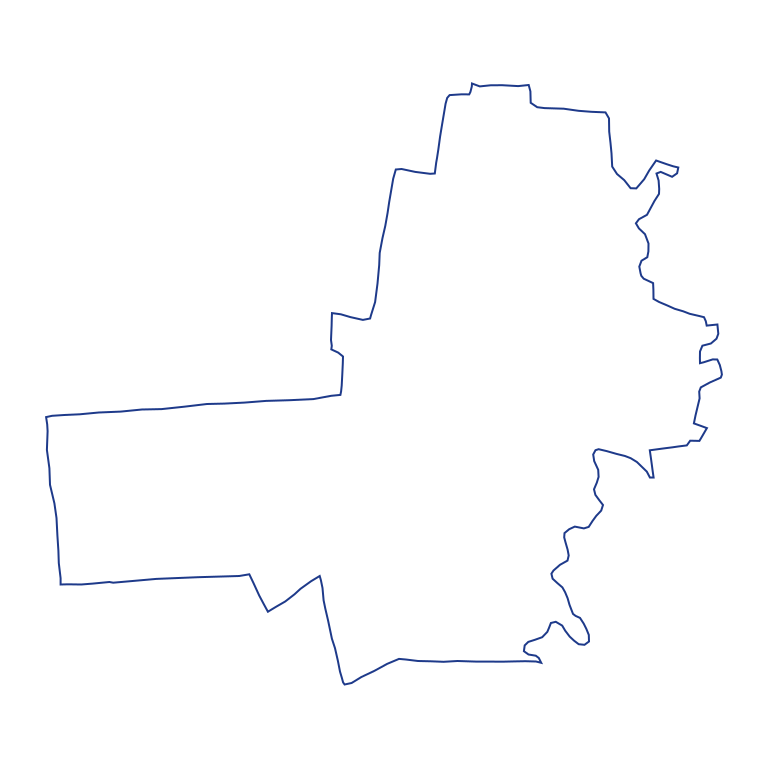 Battambang, Batdâmbâng, Cambodia (orthographic projection)
{"feature_id": "14789045B54080121728178", "entity_name": "Battambang", "entity_type": "district", "adm_level": 2, "iso_a3": "KHM", "parent_name": "Cambodia", "parent_adm1": "Batdâmbâng", "projection": "orthographic", "projection_center": [103.179, 13.094], "detail": "fine", "context": "isolated", "style": "outline", "palette": "blue", "viewbox_px": 768, "rotation_deg": 0, "n_neighbors": 0, "source": "geoboundaries", "source_scale": "gbopen_adm2", "svg_char_len": 3562}
<svg xmlns="http://www.w3.org/2000/svg" viewBox="0 0 768 768"><path d="M541.2,662.8L538.8,658.0L535.8,655.7L528.5,654.5L523.9,651.2L524.7,645.4L528.3,641.9L534.9,639.8L542.2,637.2L547.3,631.9L549.0,627.9L550.9,623.0L555.8,621.8L562.2,625.6L565.2,630.7L569.7,636.6L574.1,640.7L578.7,644.2L584.5,644.8L589.0,641.5L588.8,634.9L586.3,628.8L583.7,623.6L580.0,617.9L575.6,615.9L573.0,613.9L569.5,604.8L567.6,598.2L565.1,592.2L562.4,587.4L557.4,583.1L552.6,578.7L551.4,573.7L553.5,570.5L560.0,564.8L567.5,560.6L568.7,555.5L567.6,549.6L565.5,542.3L564.2,537.4L564.5,533.1L569.2,529.2L574.8,526.6L583.9,528.4L588.7,526.9L592.5,521.0L596.3,515.8L601.2,510.6L603.0,505.0L599.2,500.1L595.4,494.9L594.0,489.3L596.8,482.7L598.6,476.9L598.2,469.8L594.2,461.1L593.2,454.5L595.5,450.2L598.6,449.2L606.7,451.1L616.5,453.9L625.0,456.0L630.7,458.2L636.9,462.0L646.8,471.6L649.9,477.5L653.6,477.5L652.6,470.6L652.0,466.0L651.0,458.7L649.8,450.3L661.6,448.7L667.0,448.0L672.6,447.3L678.1,446.5L683.6,445.8L686.8,445.4L690.2,440.7L699.4,440.9L701.2,437.9L706.9,428.1L700.9,425.9L693.9,423.4L695.5,415.5L697.7,406.3L699.6,398.4L699.2,391.6L700.8,387.4L709.8,382.5L720.8,377.6L721.9,374.6L721.4,371.2L719.8,365.0L717.3,359.5L712.7,359.4L703.6,362.3L700.0,363.2L699.9,358.1L700.0,351.5L702.4,345.7L710.9,343.5L716.5,338.7L718.3,333.8L717.4,324.5L706.7,325.6L705.8,321.2L704.0,317.2L699.2,316.0L689.7,313.8L683.2,311.3L674.7,308.8L667.6,305.6L659.1,302.0L653.5,298.9L653.4,289.8L653.1,283.1L643.7,278.7L641.3,275.8L640.6,273.4L639.3,266.6L641.5,260.7L647.3,257.2L648.4,251.4L648.5,243.5L645.0,234.2L638.9,228.4L635.9,223.3L639.0,219.2L647.0,214.8L654.5,200.9L659.0,193.9L659.2,188.9L658.6,180.5L656.5,173.5L660.7,171.9L672.1,176.8L677.1,173.3L678.3,167.5L673.2,166.3L666.7,164.2L656.1,160.5L654.1,163.4L649.2,170.5L644.2,179.2L636.3,188.4L630.6,188.2L624.2,180.1L617.0,174.0L612.2,166.6L611.5,153.3L610.5,143.0L609.2,131.6L609.0,118.4L605.5,112.4L591.3,111.8L578.5,110.8L563.7,108.7L544.6,108.1L537.2,107.2L530.7,102.8L530.4,91.4L528.7,85.0L518.2,86.1L502.1,85.2L490.5,85.3L479.8,86.4L472.0,83.5L471.8,86.5L470.4,92.0L469.2,94.4L461.9,94.3L449.6,95.1L447.2,97.9L445.6,103.6L443.6,115.5L441.6,127.4L440.1,136.5L438.3,149.7L437.0,158.1L436.2,162.6L434.8,173.5L430.1,173.8L415.2,171.9L401.6,169.0L395.8,169.5L393.2,178.7L391.0,191.5L389.2,202.0L387.6,212.8L385.3,225.8L382.5,238.0L379.7,252.9L379.2,265.1L377.5,283.6L375.1,302.1L371.0,315.2L370.1,318.5L362.9,319.9L350.4,317.1L340.9,314.3L332.0,313.1L331.8,317.9L331.6,326.0L331.0,340.0L331.8,345.8L331.3,349.4L338.2,352.6L343.0,356.5L342.8,363.4L342.3,374.2L341.7,385.6L341.1,391.4L340.4,394.9L331.2,395.8L313.3,399.1L289.6,400.2L266.1,400.9L244.3,402.6L224.2,403.6L207.0,404.0L184.2,406.7L161.6,409.1L141.9,409.5L120.7,411.6L98.8,412.5L79.7,414.3L64.3,415.0L52.1,415.8L46.1,417.1L47.2,424.4L47.6,431.2L46.9,449.9L49.4,468.2L50.0,484.8L54.4,503.3L56.5,518.0L57.4,535.5L58.4,550.8L58.8,563.1L60.6,578.2L60.6,584.5L68.1,584.3L81.2,584.5L92.7,583.6L109.4,582.0L113.2,582.7L156.4,578.9L198.0,577.2L239.2,576.0L249.3,574.3L253.5,583.1L259.2,595.5L263.6,603.8L267.9,611.7L276.2,606.7L285.2,601.5L294.5,594.3L300.5,588.8L311.1,581.2L319.7,576.0L320.9,580.2L322.5,588.0L323.6,600.3L325.3,608.6L328.1,620.6L331.9,638.7L335.0,648.2L337.9,660.9L340.0,671.6L341.9,678.0L343.1,682.4L344.6,684.5L351.6,683.0L361.4,677.0L374.5,670.8L387.1,663.9L399.0,658.9L405.8,659.5L418.0,661.0L431.1,661.3L443.6,661.8L457.4,661.0L476.5,661.6L490.9,661.6L501.9,661.7L514.7,661.4L525.3,661.2L536.0,661.5L541.2,662.8Z" fill="none" stroke="#1e3a8a" stroke-width="2"/></svg>